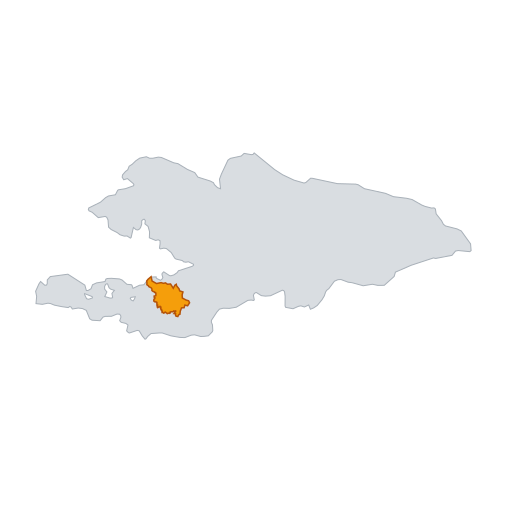 location of Nookat, Osh, Kyrgyzstan, rotated 10°
{"feature_id": "92254566B4479421635169", "entity_name": "Nookat", "entity_type": "district", "adm_level": 2, "iso_a3": "KGZ", "parent_name": "Kyrgyzstan", "parent_adm1": "Osh", "projection": "equal_earth", "projection_center": [72.518, 40.099], "detail": "fine", "context": "in_parent", "style": "filled", "palette": "amber", "viewbox_px": 512, "rotation_deg": 10, "n_neighbors": 0, "source": "geoboundaries", "source_scale": "gbopen_adm2", "svg_char_len": 6581}
<svg xmlns="http://www.w3.org/2000/svg" viewBox="0 0 512 512"><g transform="rotate(10 256 256)"><path d="M112.2,304.8L113.4,304.0L117.4,303.1L125.5,302.3L128.3,302.9L133.8,306.3L138.1,305.9L138.9,306.3L140.5,309.2L146.4,305.0L150.6,303.8L152.8,299.6L157.4,294.7L161.3,293.9L161.4,294.7L162.2,295.4L166.1,296.5L167.4,295.2L168.0,293.4L166.6,290.6L166.6,289.4L167.9,287.6L174.2,290.3L175.6,290.3L178.5,288.8L181.2,286.1L182.2,284.0L195.2,277.1L196.1,275.9L195.9,275.0L190.5,273.4L188.0,274.3L185.7,274.3L184.3,273.3L177.7,272.9L176.3,272.2L171.9,267.3L166.4,264.2L163.8,264.3L160.6,265.6L159.6,265.1L159.4,260.4L158.8,257.6L156.9,257.0L154.5,258.1L147.8,256.6L147.0,250.7L144.6,245.6L141.0,243.6L140.9,240.5L139.7,239.2L138.6,239.5L137.3,241.1L137.9,244.5L137.4,247.9L136.6,249.6L135.1,250.9L133.3,250.9L130.3,249.2L129.8,259.5L129.2,260.2L125.6,258.7L122.7,259.3L118.4,258.7L115.1,257.0L108.8,255.1L105.8,253.2L104.0,246.2L102.3,243.8L100.7,243.2L94.0,245.6L87.1,241.4L83.7,240.5L82.8,239.3L83.0,237.7L93.5,230.0L97.7,224.7L100.3,222.5L106.9,220.1L108.4,215.3L109.0,214.7L115.7,212.4L123.2,208.1L123.4,207.0L122.6,206.0L115.9,202.1L112.5,203.9L110.5,201.6L110.5,199.3L112.8,195.4L114.7,193.4L115.5,189.6L118.2,187.1L121.1,183.1L124.5,179.8L130.8,177.3L134.2,178.2L137.5,177.6L142.6,175.6L145.7,175.4L158.8,178.5L163.1,178.6L173.3,182.6L181.2,184.5L185.1,188.4L197.9,190.1L201.4,191.2L202.7,193.0L206.3,195.4L209.4,195.9L206.7,186.7L207.7,181.3L211.7,166.5L213.8,164.3L224.1,160.1L226.5,157.0L233.9,157.0L235.4,156.5L236.3,154.8L259.4,167.7L268.2,171.4L280.3,174.7L290.6,175.8L292.3,175.0L296.3,169.9L298.2,169.7L323.6,170.6L341.7,167.9L344.3,168.1L351.1,170.9L372.6,171.8L381.0,173.7L394.4,173.0L400.0,173.3L410.3,177.0L413.9,177.8L420.5,178.3L423.0,177.7L424.5,178.5L426.1,183.2L432.6,189.0L435.0,192.2L437.4,193.5L449.3,194.4L453.8,195.7L465.2,206.8L466.9,213.3L465.8,214.6L454.2,215.5L451.6,216.5L448.9,221.3L433.4,227.2L431.1,227.1L410.4,238.2L396.1,247.7L395.6,252.2L387.4,262.6L381.0,263.8L375.6,263.6L366.7,266.7L355.2,265.6L351.3,265.8L343.8,264.4L340.8,265.1L337.6,267.2L333.4,275.5L331.6,277.5L330.8,279.3L330.2,283.4L328.6,287.6L324.9,294.1L321.8,297.1L318.8,299.0L316.4,295.1L312.5,297.8L308.9,297.3L306.7,298.1L301.6,301.5L294.1,301.4L293.3,300.2L291.7,290.7L290.3,286.2L289.2,285.2L287.9,285.1L277.2,292.6L272.2,293.9L268.1,294.1L262.7,291.9L261.6,292.4L260.6,293.7L260.3,295.2L261.9,299.4L261.5,300.2L259.0,300.2L255.7,301.1L245.4,309.9L238.9,312.2L232.8,313.1L229.2,314.7L227.2,318.0L223.3,327.0L223.5,328.9L225.1,331.4L226.4,336.9L226.1,338.3L222.9,342.9L218.7,344.2L215.5,344.9L209.2,344.3L206.0,345.2L200.1,348.7L195.3,349.4L186.1,349.4L177.1,348.1L174.1,348.6L166.1,350.6L163.4,353.9L161.9,356.8L161.1,357.2L157.9,354.5L153.9,349.9L151.9,349.9L144.7,353.8L143.6,353.6L141.6,352.2L141.9,346.2L139.6,345.0L134.7,344.7L133.0,343.4L133.6,339.6L133.0,338.1L131.8,337.0L129.2,337.3L124.1,340.5L118.1,341.6L116.0,342.7L113.7,346.8L105.7,347.7L103.1,346.7L98.3,339.0L94.2,337.9L90.0,338.1L84.3,340.1L82.9,338.5L81.4,338.0L80.1,339.4L73.1,339.6L66.0,339.4L61.9,338.5L59.3,338.6L54.0,340.7L47.6,341.1L47.0,333.9L45.1,329.0L47.1,321.1L48.3,318.5L53.1,321.5L54.8,321.0L55.2,319.4L54.6,315.8L57.0,312.0L73.9,306.6L92.5,314.4L94.9,319.4L96.5,319.2L99.2,316.9L100.0,312.7L103.6,310.2L111.7,307.4L112.2,304.8ZM121.6,322.3L122.0,321.6L120.6,317.9L122.5,314.4L118.7,313.9L116.8,312.8L114.7,309.3L114.0,309.2L112.8,310.1L112.2,312.4L112.7,314.9L115.4,317.3L114.1,322.2L119.7,322.8L121.6,322.3ZM102.1,325.8L102.0,324.7L100.7,324.2L93.7,322.8L93.9,323.8L96.6,327.5L98.6,327.7L102.1,325.8ZM143.8,319.4L144.2,317.1L140.0,318.5L139.5,319.6L140.9,321.1L142.8,321.6L143.8,319.4Z" fill="#d9dde1" stroke="#a8b0b8" stroke-width="1"/><path d="M175.5,328.0L175.5,327.8L175.7,327.6L175.8,327.5L175.9,327.4L176.1,327.4L176.2,327.2L176.3,327.0L176.6,327.0L176.8,327.1L177.0,327.3L177.3,327.4L177.5,327.5L177.8,327.7L178.0,327.7L178.2,327.9L178.4,327.9L178.6,328.2L178.8,328.2L179.0,328.0L179.8,327.5L180.1,327.4L180.4,327.4L180.7,327.2L181.0,327.2L181.1,327.3L181.3,327.1L181.4,326.8L181.3,326.5L181.1,326.3L181.3,326.2L181.6,326.0L181.7,325.9L181.9,325.8L181.9,325.7L182.5,325.6L183.0,325.5L183.4,325.4L183.5,325.4L183.9,325.4L184.1,325.0L184.4,324.7L184.5,324.5L184.8,324.7L184.8,324.8L185.0,324.8L185.2,324.7L185.3,324.7L185.7,324.3L185.9,324.0L186.0,324.0L186.3,324.3L186.5,324.3L186.4,324.8L185.9,325.4L185.7,326.3L185.3,326.9L186.8,326.8L186.9,328.0L187.6,329.1L189.5,329.2L190.2,327.1L191.2,326.6L191.0,323.4L191.7,320.0L194.2,319.4L194.5,316.7L197.3,316.9L198.7,313.6L197.4,311.8L194.8,311.5L190.8,310.2L190.0,307.1L190.3,304.1L186.9,303.6L185.9,301.7L183.0,299.2L182.4,297.7L181.2,298.8L180.1,302.1L176.7,298.4L173.7,299.2L171.6,298.2L169.5,299.0L167.2,298.7L165.1,299.5L162.8,300.4L158.0,298.7L156.3,294.6L155.2,295.9L153.7,297.7L152.7,299.6L153.3,301.6L153.5,303.2L154.7,303.8L155.1,303.9L155.8,304.8L156.2,304.9L158.4,305.6L158.9,306.1L159.3,306.9L159.5,308.1L160.8,308.8L162.4,309.0L162.5,309.5L163.0,309.6L163.3,309.6L163.5,309.6L163.8,309.9L163.8,310.0L163.9,310.3L163.9,310.5L164.0,310.6L164.0,310.9L164.1,311.1L164.1,311.5L164.1,311.9L164.1,312.0L164.0,312.3L163.9,312.4L164.0,312.5L163.6,312.7L163.4,312.8L163.2,312.9L163.1,313.2L163.0,313.3L162.8,313.3L162.7,313.3L162.8,313.8L162.9,314.1L163.0,314.2L163.0,314.4L163.4,314.5L163.7,314.7L163.8,314.8L163.6,315.1L163.5,315.3L163.6,315.7L163.5,315.8L163.4,316.0L163.1,316.2L163.1,316.4L163.0,316.5L163.0,316.8L163.1,317.2L163.1,317.3L163.1,317.5L163.1,318.0L163.5,318.2L163.6,318.4L163.8,318.5L164.1,318.6L164.3,318.7L164.6,318.5L165.0,318.7L165.3,318.6L165.8,318.6L166.1,318.9L166.3,318.8L166.5,319.0L166.6,319.3L166.7,319.5L166.7,319.8L166.6,320.2L166.7,320.4L166.8,320.6L166.9,320.8L166.9,321.1L166.9,321.3L167.2,321.4L167.3,321.4L167.2,321.6L167.3,321.7L167.5,322.0L167.4,322.1L167.7,322.3L168.0,322.4L168.0,322.6L167.8,322.7L167.5,322.9L167.5,323.3L167.7,323.5L168.1,323.6L168.2,323.8L168.3,323.7L168.5,323.7L169.0,323.2L169.5,323.1L169.8,322.8L170.0,322.6L170.2,322.3L170.4,322.5L170.6,322.6L170.8,322.6L171.0,322.6L171.1,322.9L171.1,323.2L171.2,323.3L171.0,323.6L171.1,324.1L171.3,324.2L171.3,324.3L171.4,324.5L171.5,324.6L171.5,324.8L171.6,325.0L171.8,324.9L171.9,325.0L172.0,325.1L172.3,325.1L172.4,325.3L172.3,325.6L172.4,325.8L172.5,325.9L172.4,326.0L172.5,326.1L173.1,326.8L173.2,326.7L173.3,326.7L173.3,326.8L173.3,327.0L173.4,327.4L173.2,327.6L173.3,327.9L173.6,327.8L174.0,327.8L174.3,328.0L174.5,328.1L175.0,328.3L175.1,328.2L175.3,328.1L175.5,328.0Z" fill="#f59e0b" stroke="#b45309" stroke-width="1.5"/></g></svg>